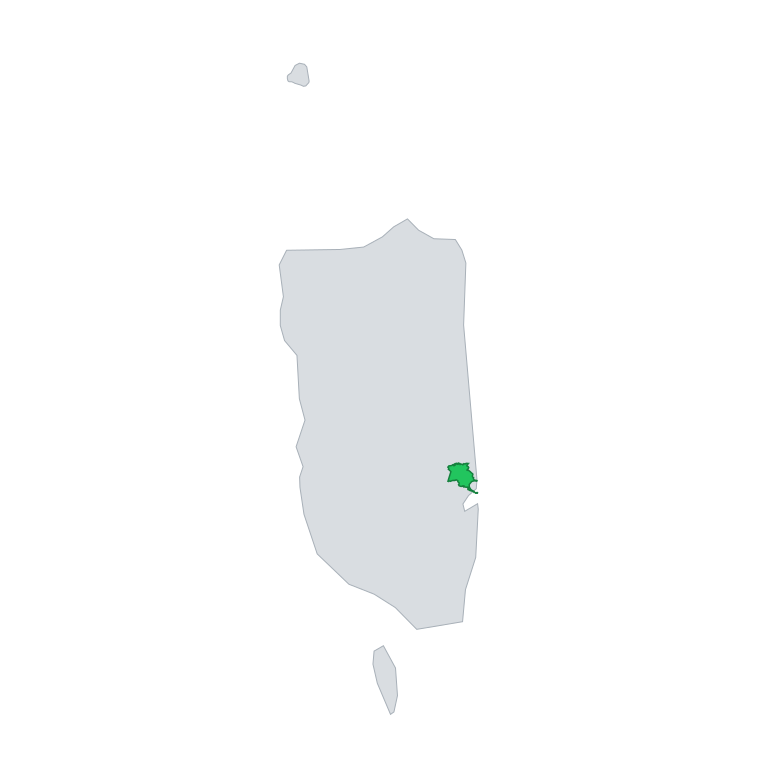 location of Toa Baja, Puerto Rico, rotated 83°
{"feature_id": "32010507B67187557196313", "entity_name": "Toa Baja", "entity_type": "district", "adm_level": 2, "iso_a3": "PRI", "parent_name": "Puerto Rico", "parent_adm1": "", "projection": "equal_earth", "projection_center": [-66.203, 18.432], "detail": "fine", "context": "in_parent", "style": "filled", "palette": "green", "viewbox_px": 768, "rotation_deg": 83, "n_neighbors": 0, "source": "geoboundaries", "source_scale": "gbopen_adm2", "svg_char_len": 2976}
<svg xmlns="http://www.w3.org/2000/svg" viewBox="0 0 768 768"><g transform="rotate(83 384 384)"><path d="M505.0,313.7L512.7,320.3L520.2,319.4L514.2,305.7L519.7,305.7L567.3,314.1L598.0,328.2L629.5,335.0L631.5,381.4L607.3,400.0L591.4,419.4L578.5,443.2L544.5,471.0L503.6,479.3L476.3,480.0L466.1,479.1L456.2,474.4L435.6,478.9L410.2,466.8L388.3,469.8L345.0,466.9L328.8,477.4L313.3,479.8L298.0,477.9L285.1,473.2L253.0,473.5L239.4,464.4L245.1,411.4L245.6,387.5L237.8,367.7L229.2,355.2L223.0,340.6L235.6,330.9L245.9,316.8L249.3,295.6L260.6,290.4L273.9,288.0L335.2,297.8L490.3,303.4L499.2,305.2L505.0,313.7ZM680.2,427.1L660.7,429.1L647.9,426.4L643.7,416.5L667.3,407.2L694.9,408.6L710.7,414.1L712.7,417.8L680.2,427.1ZM71.4,442.4L69.0,442.7L66.7,442.4L65.6,441.4L64.0,438.4L57.0,433.4L55.3,428.8L57.0,423.9L59.9,422.0L74.3,421.4L75.7,421.9L78.6,425.3L78.7,427.7L77.2,430.0L74.7,435.8L73.6,437.3L72.8,438.8L72.4,441.4L71.4,442.4Z" fill="#d9dde1" stroke="#a8b0b8" stroke-width="1"/><path d="M488.2,332.3L488.2,331.8L488.6,331.6L488.2,330.8L488.7,329.8L488.3,328.7L488.1,327.4L488.3,327.0L488.1,326.1L488.4,325.8L488.3,325.0L487.9,324.1L488.2,323.5L488.4,323.4L488.8,322.9L489.0,322.5L489.7,322.6L489.8,322.6L490.6,322.2L491.1,321.6L492.4,321.6L493.1,322.3L494.3,321.7L494.3,321.3L494.7,320.8L495.0,320.2L495.1,319.4L494.8,318.8L495.1,318.5L495.1,318.4L494.9,318.1L495.5,317.7L494.9,317.4L495.1,316.9L495.5,317.1L496.0,316.6L496.1,316.3L496.5,314.8L496.5,313.7L496.9,312.8L497.5,312.0L497.3,313.2L497.6,313.5L497.8,313.4L498.2,313.0L499.0,313.5L499.5,312.6L499.6,312.1L500.1,311.9L500.6,310.7L500.7,310.4L501.3,309.3L501.6,308.4L501.8,308.2L502.5,307.9L502.3,307.3L501.3,307.9L500.8,309.0L499.3,310.7L499.0,310.8L497.9,311.3L496.9,311.8L496.7,311.8L495.9,311.8L494.8,311.7L494.2,311.7L493.8,311.3L493.7,311.2L492.2,309.6L491.5,308.9L491.1,306.5L491.1,306.3L491.4,304.7L491.7,304.1L491.4,303.5L491.0,303.8L491.0,304.1L490.4,305.9L490.4,306.1L489.0,306.8L487.8,306.5L487.7,307.0L486.6,307.5L486.0,307.5L485.1,307.0L484.3,306.8L483.9,307.0L482.9,308.0L481.4,309.2L479.8,310.8L479.6,311.2L479.8,311.9L479.6,312.1L479.2,311.9L478.7,311.2L477.9,310.4L477.2,310.1L476.5,310.4L476.1,310.8L475.6,311.6L474.9,311.7L474.6,311.5L474.1,310.6L473.8,310.6L473.4,310.9L473.1,310.3L472.8,311.7L472.8,312.1L472.9,312.6L473.3,313.2L472.8,314.5L473.7,315.2L473.8,315.6L473.2,316.1L473.0,316.7L473.1,317.4L473.2,318.3L472.5,318.6L472.2,318.4L471.9,319.1L471.5,319.9L472.0,320.6L472.6,320.1L472.7,320.5L472.4,321.3L472.0,321.0L471.5,321.9L471.7,322.3L471.7,323.1L472.1,323.9L472.4,323.1L473.2,323.3L473.6,324.1L473.6,324.7L472.6,325.3L472.5,325.6L472.9,326.1L473.2,327.2L473.2,329.6L473.9,330.3L474.0,330.5L474.4,330.7L474.8,330.2L475.8,330.1L476.3,330.4L476.5,330.5L477.1,329.8L477.4,329.7L478.2,329.0L479.0,328.3L479.4,328.4L482.3,329.7L484.3,330.6L486.3,331.5L488.2,332.3ZM503.1,304.6L503.1,306.5L503.5,306.5L503.8,304.7L503.4,304.4L503.1,304.6Z" fill="#22c55e" stroke="#15803d" stroke-width="1.5"/></g></svg>